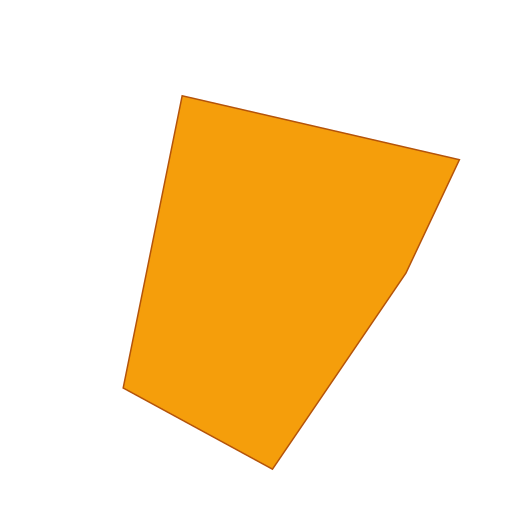 the City of Beau Bassin-Rose Hill, rotated 208°
{"feature_id": "MUS-5181", "entity_name": "Beau Bassin-Rose Hill", "entity_type": "City", "adm_level": 1, "iso_a3": "MUS", "parent_name": "Mauritius", "parent_adm1": "", "projection": "equal_earth", "projection_center": [57.468, -20.238], "detail": "fine", "context": "isolated", "style": "filled", "palette": "amber", "viewbox_px": 512, "rotation_deg": 208, "n_neighbors": 0, "source": "natural_earth", "source_scale": "10m", "svg_char_len": 241}
<svg xmlns="http://www.w3.org/2000/svg" viewBox="0 0 512 512"><g transform="rotate(208 256 256)"><path d="M121.6,436.5L115.6,311.3L141.4,75.5L311.3,77.1L396.4,362.8L121.6,436.5Z" fill="#f59e0b" stroke="#b45309" stroke-width="1.5"/></g></svg>